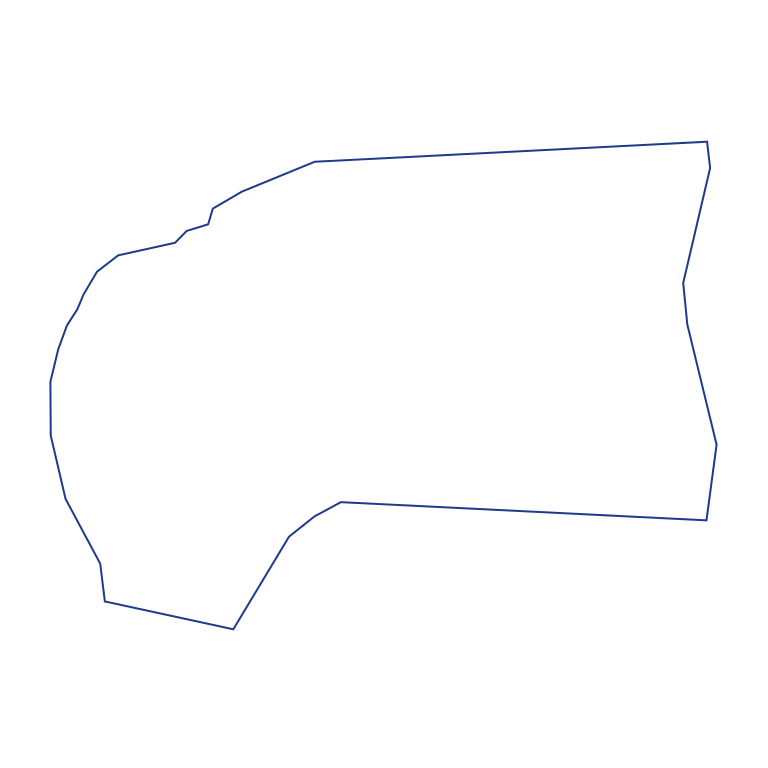 the Region of Princes Town, rotated 271°
{"feature_id": "TTO-57", "entity_name": "Princes Town", "entity_type": "Region", "adm_level": 1, "iso_a3": "TTO", "parent_name": "Trinidad and Tobago", "parent_adm1": "", "projection": "equal_earth", "projection_center": [-61.291, 10.201], "detail": "fine", "context": "isolated", "style": "outline", "palette": "blue", "viewbox_px": 768, "rotation_deg": 271, "n_neighbors": 0, "source": "natural_earth", "source_scale": "10m", "svg_char_len": 494}
<svg xmlns="http://www.w3.org/2000/svg" viewBox="0 0 768 768"><g transform="rotate(271 384 384)"><path d="M631.9,702.8L605.6,706.3L490.3,681.4L448.9,686.2L329.2,717.6L253.3,708.8L265.1,342.9L250.4,316.8L229.7,291.7L136.1,237.6L161.7,108.7L199.4,103.4L263.6,67.6L326.6,51.7L380.4,50.4L413.1,57.7L437.1,66.0L453.2,76.0L468.4,82.1L491.3,95.1L508.0,116.0L521.6,172.7L533.6,184.0L540.6,205.4L556.4,209.8L573.9,238.6L605.0,310.8L631.9,702.8Z" fill="none" stroke="#1e3a8a" stroke-width="2"/></g></svg>